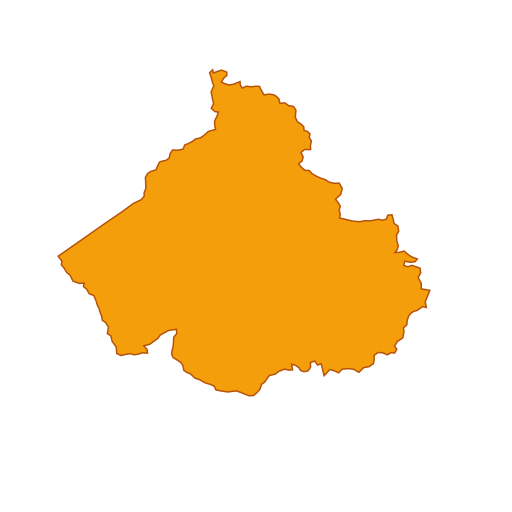 the district of Goiandira, Goiás, Brazil, rotated 118°
{"feature_id": "56859067B40812937641421", "entity_name": "Goiandira", "entity_type": "district", "adm_level": 2, "iso_a3": "BRA", "parent_name": "Brazil", "parent_adm1": "Goiás", "projection": "mercator", "projection_center": [-48.152, -18.118], "detail": "fine", "context": "isolated", "style": "filled", "palette": "amber", "viewbox_px": 512, "rotation_deg": 118, "n_neighbors": 0, "source": "geoboundaries", "source_scale": "gbopen_adm2", "svg_char_len": 3387}
<svg xmlns="http://www.w3.org/2000/svg" viewBox="0 0 512 512"><g transform="rotate(118 256 256)"><path d="M221.5,81.4L216.9,85.1L204.7,86.4L207.4,94.7L202.5,97.3L198.9,102.7L193.5,102.7L189.7,105.5L191.1,114.0L194.3,117.0L195.0,121.1L190.8,122.2L189.2,117.0L186.4,112.9L182.9,112.2L183.7,117.9L183.3,122.3L182.1,127.6L185.3,130.9L187.7,135.0L183.8,134.3L180.4,135.0L176.7,138.6L171.7,141.7L167.2,141.6L163.0,144.7L162.5,149.3L159.4,151.9L155.8,155.3L158.1,158.8L162.2,158.2L165.2,161.3L165.9,164.8L168.5,168.1L171.2,171.4L173.8,176.6L177.0,180.4L179.8,187.1L181.2,192.4L182.0,195.8L183.2,200.1L179.6,201.2L176.5,204.1L172.5,204.9L169.9,209.4L168.5,212.5L162.0,210.1L156.0,211.5L152.6,216.6L155.3,221.6L156.5,226.4L156.0,230.6L156.7,234.3L157.2,239.3L157.0,245.2L155.5,249.2L157.4,253.0L156.4,257.5L154.6,261.8L150.5,259.9L146.3,260.9L143.6,264.9L139.2,263.2L136.4,257.7L133.0,259.8L128.4,261.1L126.3,264.8L123.0,265.5L121.9,268.9L122.6,272.6L119.5,274.5L118.4,277.9L118.0,282.4L115.2,286.3L108.4,289.3L106.4,293.2L107.9,297.7L107.3,302.5L110.0,306.6L106.6,309.4L105.5,312.9L105.4,316.3L106.9,320.4L110.0,324.6L106.9,329.6L104.6,332.6L106.4,336.2L108.8,339.5L110.7,344.4L114.2,346.9L112.5,350.0L109.5,352.0L114.8,356.4L117.7,360.2L118.4,363.9L118.8,368.2L114.1,368.0L110.2,366.5L107.4,368.2L108.0,373.6L111.3,376.9L114.5,379.5L112.0,381.7L116.0,383.0L119.5,379.3L123.1,375.9L125.6,373.2L132.3,372.6L134.9,370.4L138.2,367.8L141.3,365.0L146.6,364.8L147.8,360.0L146.6,356.8L150.7,356.1L156.4,355.9L160.6,353.3L163.2,351.1L165.5,353.6L168.5,356.6L173.6,358.4L178.0,360.7L180.9,364.2L184.6,365.9L188.7,368.7L191.5,371.1L195.7,370.5L199.1,374.3L201.6,379.5L206.3,379.8L210.2,378.6L213.9,380.4L215.9,383.0L218.4,385.3L222.8,385.1L226.8,384.7L231.0,388.8L234.3,390.5L238.6,390.5L247.8,385.0L252.5,384.5L255.8,382.8L260.2,383.8L267.3,389.0L279.9,395.1L300.2,405.7L349.1,430.6L351.5,425.1L355.2,423.7L356.8,419.7L359.3,415.6L360.2,411.3L364.1,405.7L363.2,399.2L360.6,395.1L364.0,394.0L364.8,389.9L367.6,385.6L367.1,380.6L370.3,376.6L373.7,373.2L376.3,369.7L379.1,367.1L381.5,364.1L384.9,361.6L385.3,357.7L388.0,352.9L394.3,350.8L394.5,346.9L398.9,342.9L402.0,336.7L407.4,333.2L407.3,328.5L403.8,324.6L401.2,321.1L400.5,317.4L398.2,314.2L394.8,310.8L392.7,306.2L389.7,308.2L387.9,312.9L383.9,308.4L374.9,304.0L370.7,303.4L363.0,298.4L358.1,291.9L361.8,289.5L366.2,290.6L370.2,288.7L374.2,286.9L378.2,285.9L382.1,284.5L384.6,281.5L384.8,277.0L385.3,272.4L387.2,269.0L390.8,266.2L391.3,262.5L390.8,258.6L392.5,252.4L391.7,247.8L391.9,241.5L390.8,235.9L390.6,231.7L393.1,228.5L391.1,222.0L389.0,216.5L386.2,212.8L384.3,209.7L383.7,206.0L383.2,201.4L382.7,196.8L380.5,192.8L376.4,191.1L371.7,190.0L366.7,190.8L363.1,189.1L359.5,188.7L355.2,188.1L351.4,183.7L346.8,181.5L342.4,177.6L341.5,173.7L339.4,170.3L334.8,173.7L334.0,170.1L334.4,165.9L336.2,162.7L335.6,159.2L333.0,156.2L328.7,155.6L324.5,157.9L321.2,154.9L323.4,150.5L320.6,147.8L323.1,145.5L329.7,139.7L325.4,138.5L321.6,137.6L320.6,133.4L320.3,128.2L315.5,126.8L312.2,121.8L310.2,116.8L310.4,110.5L304.2,108.7L300.6,104.2L296.1,101.8L292.2,102.9L288.3,105.0L283.9,102.9L282.0,98.8L281.6,93.6L277.9,91.4L276.6,88.0L272.1,88.0L270.6,91.4L265.1,91.0L259.3,88.0L253.6,89.7L250.1,92.1L245.9,90.5L241.9,92.3L237.6,93.0L233.9,92.4L230.9,90.8L228.6,88.4L225.6,86.7L222.4,85.1L221.5,81.4Z" fill="#f59e0b" stroke="#b45309" stroke-width="1.5"/></g></svg>